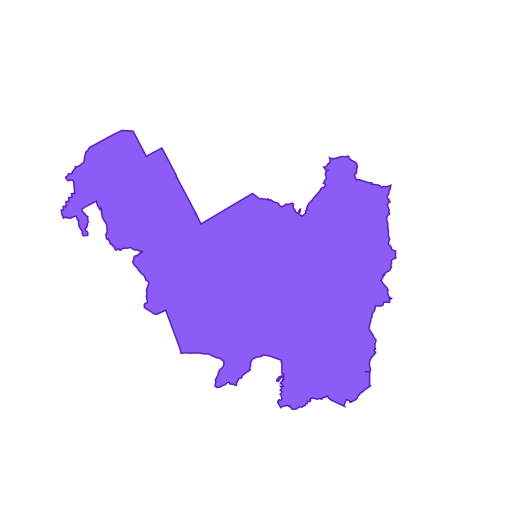 San Juanito de Escobedo, Jalisco, Mexico, rotated 332°
{"feature_id": "50627088B12076447392742", "entity_name": "San Juanito de Escobedo", "entity_type": "district", "adm_level": 2, "iso_a3": "MEX", "parent_name": "Mexico", "parent_adm1": "Jalisco", "projection": "albers", "projection_center": [-104.014, 20.814], "detail": "fine", "context": "isolated", "style": "filled", "palette": "violet", "viewbox_px": 512, "rotation_deg": 332, "n_neighbors": 0, "source": "geoboundaries", "source_scale": "gbopen_adm2", "svg_char_len": 6151}
<svg xmlns="http://www.w3.org/2000/svg" viewBox="0 0 512 512"><g transform="rotate(332 256 256)"><path d="M400.6,264.2L401.7,264.0L403.1,262.7L403.3,261.6L405.6,260.2L408.3,256.8L404.3,256.4L400.9,254.3L399.1,254.5L398.0,251.3L391.8,246.8L392.7,246.3L392.0,245.3L389.6,243.9L382.6,236.6L380.5,236.3L380.6,231.0L381.9,230.2L383.6,230.1L385.4,227.0L385.4,226.0L386.9,225.6L386.9,224.6L387.9,223.9L388.1,220.6L384.4,214.9L384.4,211.0L381.5,210.7L380.4,209.5L377.0,207.9L374.7,207.7L369.8,206.4L369.1,205.5L367.6,205.0L367.0,203.9L366.6,206.2L365.6,207.4L364.4,208.2L362.3,208.7L361.4,209.7L358.4,209.7L357.5,209.3L357.9,212.9L359.4,214.0L357.9,214.2L355.8,215.9L355.3,217.0L355.7,217.8L354.1,221.0L352.1,221.5L349.6,223.4L349.8,224.0L351.2,225.1L351.1,225.7L348.3,227.3L347.8,227.4L346.6,226.7L344.8,227.1L342.3,229.0L340.6,229.2L340.3,229.7L338.9,230.1L338.4,230.8L337.3,230.5L331.2,233.2L327.2,234.4L323.1,237.5L323.0,239.2L321.0,239.2L320.1,241.5L315.5,242.6L315.2,241.5L314.2,240.9L313.9,239.1L314.2,238.0L315.5,238.0L317.2,235.6L316.2,235.5L314.2,237.3L313.0,237.6L312.0,236.9L311.7,235.5L312.1,234.1L311.7,233.0L311.5,230.7L313.4,227.9L313.3,226.9L312.6,226.3L311.4,226.0L308.3,225.6L307.5,224.5L301.8,224.7L300.5,222.7L300.5,220.4L299.8,219.1L296.9,216.4L295.5,213.4L293.9,212.8L293.7,211.3L293.5,211.1L292.6,211.8L291.2,210.3L285.8,206.9L282.3,199.1L222.4,201.9L223.0,189.7L222.6,190.2L222.9,186.4L223.0,148.5L223.5,146.9L223.6,116.4L205.9,116.5L206.1,88.0L196.6,82.2L186.5,81.8L160.0,82.0L155.9,84.3L155.1,84.0L151.0,88.2L148.8,91.6L147.9,92.4L143.0,93.3L139.9,93.4L138.4,92.2L137.7,93.6L133.3,95.4L132.6,96.7L131.0,96.4L128.9,95.4L127.4,96.7L125.1,97.0L124.6,98.1L125.5,101.4L129.4,102.5L130.0,104.4L125.4,115.5L122.4,114.3L121.1,117.7L118.0,116.5L116.7,119.8L113.8,118.7L112.0,122.6L110.9,123.3L111.0,122.3L108.9,121.7L107.7,124.7L105.5,124.0L104.2,128.4L103.7,132.2L106.4,132.3L106.6,133.2L109.9,135.5L114.0,135.8L115.9,136.6L115.9,138.4L115.4,139.0L115.9,139.8L115.4,140.6L115.9,142.0L114.7,143.7L113.6,147.3L114.1,152.8L113.0,154.6L112.9,157.0L116.9,158.8L117.8,157.9L118.5,156.0L118.5,155.2L117.3,153.6L117.6,152.1L119.8,151.3L119.7,150.8L121.7,149.9L121.8,148.4L124.0,147.2L124.0,146.3L125.3,143.5L125.5,141.9L125.8,141.9L125.1,141.0L124.4,139.1L124.9,138.7L123.6,135.2L124.1,133.0L128.3,132.5L140.8,132.7L139.6,137.4L140.4,139.0L139.8,140.1L139.9,141.5L140.4,142.4L140.9,141.2L141.7,140.8L141.3,142.6L139.3,146.6L139.2,148.1L138.5,149.6L138.5,153.3L138.9,156.1L138.6,159.1L135.9,164.8L135.4,165.5L133.5,166.5L132.2,170.2L132.6,171.6L133.5,171.4L133.6,171.8L133.5,173.2L133.8,173.6L133.5,173.8L133.0,177.3L134.2,178.5L134.4,180.2L135.2,181.8L134.6,183.8L135.2,185.2L137.5,184.9L138.5,185.3L138.1,186.3L139.0,187.3L141.0,186.7L143.4,187.3L146.4,188.9L149.1,189.4L151.2,193.1L152.9,194.5L154.0,194.7L155.7,197.2L157.5,198.1L157.8,198.7L156.6,199.3L154.8,198.8L153.6,199.6L149.9,199.6L149.1,199.1L148.3,199.3L144.3,203.6L144.3,207.1L145.2,209.4L146.4,217.1L147.7,219.8L147.9,222.2L147.6,225.7L149.0,228.4L148.7,229.8L143.2,234.5L143.2,235.4L142.4,237.3L141.5,238.4L141.0,240.0L140.2,240.0L138.8,245.5L136.9,245.9L137.0,246.2L135.6,245.9L134.6,246.2L134.5,247.0L133.2,248.9L139.2,259.7L141.0,260.9L150.8,261.5L146.0,297.7L145.1,303.5L144.2,306.8L147.7,308.0L151.3,310.4L159.6,314.5L164.9,318.5L167.7,319.8L173.5,327.4L176.3,329.5L177.2,332.4L177.7,332.5L178.0,334.4L176.2,337.3L174.1,338.7L170.9,339.4L169.2,340.2L166.2,343.4L162.0,346.2L161.2,348.6L159.0,351.2L158.9,352.0L159.6,353.7L163.5,355.0L165.8,354.6L168.2,355.2L170.9,354.5L172.7,354.6L173.2,355.2L173.0,357.0L175.8,358.5L177.0,360.5L177.9,360.9L178.6,360.4L179.0,358.8L180.5,358.2L183.2,356.2L185.3,356.8L186.4,356.7L186.6,356.0L188.1,355.3L190.7,354.5L192.2,354.6L193.8,353.6L194.7,354.5L196.2,353.9L197.2,354.0L197.6,353.6L197.4,352.5L198.5,351.3L199.7,350.6L201.0,347.6L202.5,346.9L204.1,345.4L209.2,345.6L214.0,347.4L215.2,346.2L220.6,350.2L229.6,360.1L228.5,361.2L229.1,361.5L223.5,372.3L225.3,373.3L224.2,374.5L220.0,373.5L216.6,374.9L216.9,375.6L216.0,375.6L215.6,376.0L216.2,376.9L217.2,377.1L218.5,376.2L221.4,375.1L221.8,375.5L223.1,375.1L223.9,375.3L223.1,376.5L222.8,378.8L222.7,377.4L221.5,377.4L220.8,378.0L220.9,379.0L218.5,379.2L217.5,380.2L218.8,380.8L218.6,383.3L218.8,383.7L216.4,382.6L216.9,384.8L214.4,385.7L215.2,388.1L214.4,388.8L212.4,389.3L212.7,391.7L211.6,395.0L209.8,394.9L209.3,393.9L208.2,393.9L207.4,394.4L207.9,394.8L207.6,395.1L206.4,395.4L206.7,401.6L208.8,401.3L213.4,402.6L214.4,404.4L215.3,403.9L215.9,408.1L217.9,409.3L220.2,410.0L222.4,409.7L224.0,410.0L225.1,410.4L225.9,411.1L227.6,410.6L229.0,411.1L230.0,410.6L230.4,410.0L231.9,410.3L232.5,408.9L233.6,408.6L234.6,409.7L236.2,409.5L236.9,407.9L238.4,407.8L240.1,408.5L242.7,411.2L245.3,411.6L246.8,413.3L247.8,413.1L248.6,412.3L250.5,413.1L253.4,413.4L253.4,415.3L254.4,418.1L263.5,430.2L263.4,429.2L268.4,425.2L270.6,427.9L270.3,429.2L271.1,429.7L271.4,429.5L276.6,429.7L278.6,429.0L280.2,427.5L282.5,426.9L283.6,426.0L286.7,426.0L287.9,425.4L296.2,424.4L295.7,423.2L301.9,411.9L297.7,409.2L302.3,411.7L303.8,410.1L304.9,405.8L306.3,402.9L309.6,400.2L316.1,397.7L316.6,397.0L316.0,396.5L316.1,395.2L317.0,394.3L317.8,394.3L317.9,392.9L319.9,389.3L322.0,387.4L322.5,386.3L321.9,382.9L322.1,380.2L321.5,373.5L324.2,369.9L326.9,367.3L328.0,365.4L330.0,364.2L330.8,362.2L335.7,359.3L338.0,356.1L342.2,358.5L344.4,359.1L345.6,358.5L347.0,356.8L350.4,358.5L352.0,359.7L353.4,357.7L353.5,356.7L356.4,357.5L355.6,357.0L354.2,354.4L354.8,350.5L356.7,347.9L356.7,346.1L355.1,339.1L355.0,336.1L358.1,334.4L358.4,333.4L359.0,333.3L359.7,332.0L360.4,333.3L362.2,331.6L367.2,331.5L368.9,330.4L370.8,329.0L370.4,327.6L370.8,326.8L372.0,326.5L373.5,323.4L374.7,323.1L378.6,323.4L379.2,321.2L381.6,317.3L378.8,313.9L379.5,312.3L379.3,309.7L378.4,308.2L379.4,306.2L382.0,303.9L382.5,299.8L384.8,296.0L385.6,293.0L388.0,288.4L388.1,286.4L388.7,284.9L389.7,283.2L391.8,281.7L393.3,281.9L394.2,280.5L393.7,279.3L395.2,278.0L395.6,275.9L395.6,272.7L398.7,271.1L399.9,271.0L399.4,269.6L400.0,268.6L399.4,267.9L399.4,266.5L399.6,265.5L400.6,264.2Z" fill="#8b5cf6" stroke="#5b21b6" stroke-width="1.5"/></g></svg>